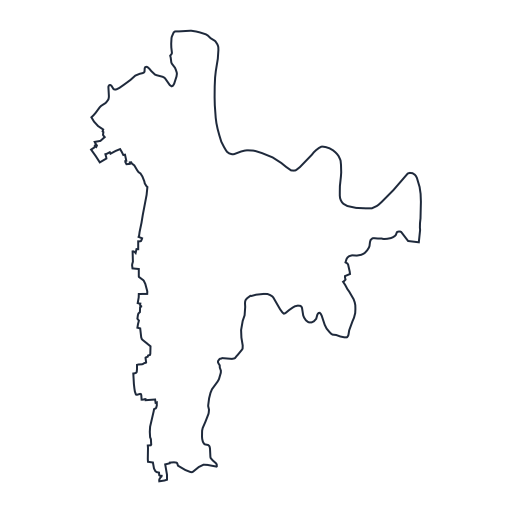 outline of Binh Luc, Hà Nam, Vietnam
{"feature_id": "81297802B47692200365960", "entity_name": "Binh Luc", "entity_type": "district", "adm_level": 2, "iso_a3": "VNM", "parent_name": "Vietnam", "parent_adm1": "Hà Nam", "projection": "equal_earth", "projection_center": [106.037, 20.489], "detail": "fine", "context": "isolated", "style": "outline", "palette": "slate", "viewbox_px": 512, "rotation_deg": 0, "n_neighbors": 0, "source": "geoboundaries", "source_scale": "gbopen_adm2", "svg_char_len": 6036}
<svg xmlns="http://www.w3.org/2000/svg" viewBox="0 0 512 512"><path d="M418.8,242.3L420.1,230.0L419.9,227.6L420.0,223.1L420.5,218.4L420.9,201.8L420.6,193.9L419.6,187.0L416.9,177.9L415.9,176.0L414.8,174.7L412.5,173.2L409.8,172.9L408.0,173.4L407.4,173.9L393.4,190.1L381.6,202.0L378.5,204.8L376.8,206.0L371.9,208.3L365.1,208.3L356.1,207.9L347.3,206.0L343.4,203.8L342.0,202.3L340.9,200.4L340.1,198.2L339.8,195.7L339.8,191.5L339.9,186.0L340.9,176.7L341.2,172.5L341.0,164.9L340.6,160.8L340.1,159.3L338.6,156.1L337.2,154.2L335.5,152.4L333.0,150.3L329.5,148.3L325.8,147.1L322.6,146.6L321.3,146.7L318.9,148.0L316.0,150.2L313.8,152.3L311.8,154.8L299.9,167.1L296.6,169.7L295.5,170.4L293.8,170.6L291.1,170.4L286.1,166.9L281.3,163.0L272.6,157.4L262.0,153.1L255.7,151.1L253.3,150.6L249.7,150.4L247.1,150.3L244.7,150.6L241.1,151.5L234.2,154.1L232.8,154.3L231.5,154.1L229.2,153.4L227.1,151.9L226.0,150.4L224.0,147.0L221.3,141.7L219.3,135.2L217.6,128.9L216.4,123.1L215.7,117.7L214.8,105.3L214.6,97.2L214.7,86.4L215.1,77.4L215.8,71.1L217.8,58.8L218.4,50.0L218.3,47.1L217.9,45.6L217.3,44.2L215.4,41.3L214.5,40.6L210.6,38.2L207.8,35.5L205.8,34.3L199.8,32.4L196.1,31.5L191.0,30.7L178.9,31.4L175.9,31.4L174.9,31.5L173.7,32.4L171.8,36.7L171.5,38.1L171.2,43.7L171.3,47.4L171.9,52.6L171.8,53.5L171.3,54.4L170.2,55.7L170.7,57.6L171.3,62.4L171.8,63.6L175.0,67.8L175.8,69.7L176.7,72.4L176.9,73.8L176.5,76.5L174.2,83.6L173.6,84.7L172.7,85.9L171.6,86.3L169.8,85.1L165.1,78.4L164.2,77.6L162.7,76.8L156.6,75.2L155.0,74.6L151.3,71.1L149.3,68.7L147.6,67.2L146.7,66.8L145.3,67.1L144.7,68.2L144.5,71.7L143.9,72.5L142.7,73.1L139.7,73.8L135.3,75.6L130.5,79.9L124.1,84.6L119.4,87.9L116.6,89.3L115.2,89.6L113.9,89.3L113.4,88.9L111.6,86.0L111.0,85.4L110.2,85.0L109.4,85.1L109.0,85.5L108.5,86.3L108.4,87.1L108.9,96.1L108.8,97.6L108.4,99.4L106.9,101.5L105.6,103.0L101.2,105.8L99.7,107.3L95.5,113.0L93.4,115.4L91.4,117.3L94.0,121.6L98.1,126.1L103.2,129.5L102.6,131.4L103.4,132.1L103.0,134.9L103.8,136.1L104.7,137.1L100.4,140.9L94.7,141.9L95.4,143.4L96.9,145.5L96.4,146.6L95.3,145.1L94.7,146.0L95.2,146.9L91.1,149.6L95.8,156.2L99.8,162.4L106.4,158.5L106.2,157.1L105.4,154.2L107.0,153.7L109.8,152.2L110.5,153.7L115.7,150.9L120.1,149.1L121.7,151.8L123.3,155.0L125.0,154.7L126.3,160.8L125.3,161.1L125.4,162.2L126.5,164.2L129.8,163.9L129.8,162.4L131.2,162.3L131.8,163.5L134.3,165.4L137.2,170.3L138.5,172.1L140.5,173.5L142.4,176.5L144.3,181.3L144.8,183.5L146.5,186.2L147.4,187.0L146.6,194.9L142.8,214.8L141.5,222.8L139.6,231.9L139.1,235.5L138.6,236.9L142.1,238.3L141.7,239.6L140.9,241.1L140.1,241.3L138.2,241.3L138.2,249.2L136.5,249.1L135.6,253.0L134.8,252.1L134.0,251.6L133.1,251.3L132.6,251.4L132.9,261.7L132.2,264.2L132.1,265.4L132.5,268.4L138.8,269.0L138.8,276.3L138.9,276.9L143.3,280.2L143.8,280.8L145.3,283.9L147.1,290.6L147.3,291.7L147.2,293.9L138.8,294.0L138.7,297.4L137.7,303.1L139.0,303.5L140.3,303.6L140.1,305.0L140.3,305.5L141.2,306.2L141.2,306.6L140.1,307.2L139.9,312.1L138.4,313.5L137.9,315.2L137.4,318.7L138.9,320.6L138.0,324.1L137.4,327.7L140.2,328.4L141.2,337.3L141.8,339.1L142.7,340.0L150.5,346.3L150.3,353.8L150.0,354.9L148.1,355.5L147.7,356.7L145.7,357.5L145.5,357.8L146.1,362.2L146.1,362.5L145.8,362.8L144.5,363.0L142.7,364.1L141.9,364.3L138.4,364.5L137.0,364.9L137.0,369.2L136.7,372.0L136.2,372.7L134.7,373.3L133.3,373.5L133.9,384.1L134.4,388.5L134.9,391.6L135.9,394.5L136.9,394.8L140.1,393.9L141.0,394.2L141.3,395.3L141.6,399.7L142.9,399.7L144.9,399.1L145.5,399.1L145.6,400.2L155.1,399.5L155.6,402.8L156.8,402.4L156.8,405.5L156.2,407.7L155.7,408.4L154.2,409.0L154.0,409.5L153.7,411.2L150.1,426.7L149.8,431.8L150.1,437.2L150.9,439.2L151.2,444.6L150.7,445.3L147.8,445.5L148.0,448.1L147.8,459.1L148.0,461.8L152.9,462.5L154.0,468.5L155.4,471.2L156.7,472.1L159.0,472.6L159.2,475.1L159.5,475.5L160.2,475.7L161.6,475.8L161.5,476.5L160.6,477.3L159.5,479.0L159.2,480.1L159.3,481.3L164.5,480.5L167.0,479.7L167.0,474.8L165.2,464.4L169.7,463.3L169.8,462.6L173.9,462.3L176.3,462.6L176.9,462.9L177.3,463.6L178.0,465.7L185.3,470.0L190.1,471.9L191.4,472.2L192.2,472.1L193.0,471.7L198.8,467.0L203.5,464.7L207.4,464.9L216.5,466.6L216.8,466.3L216.7,464.4L215.9,463.2L212.7,460.4L210.7,458.1L210.4,457.0L210.0,448.7L209.7,447.0L209.2,445.9L208.1,445.0L205.0,444.4L204.4,444.1L203.3,442.6L202.8,441.5L202.2,439.0L202.0,436.7L202.1,430.7L202.7,428.0L205.4,421.8L208.4,414.1L208.7,412.8L209.0,409.7L208.2,406.2L208.2,405.3L209.1,398.3L210.5,392.8L212.0,389.2L217.5,381.7L218.4,380.2L219.0,379.0L220.8,372.8L220.9,370.7L219.8,367.6L219.7,365.3L218.6,363.6L218.0,362.3L218.0,361.4L218.2,360.8L219.4,359.2L219.9,358.8L221.5,358.5L222.2,358.1L231.9,358.9L234.4,358.4L235.1,358.0L236.4,356.3L237.7,354.9L242.2,349.4L242.6,348.5L242.7,345.5L241.4,337.6L241.1,330.0L242.7,320.9L244.6,315.3L245.2,307.0L245.0,303.2L245.2,301.2L245.8,299.7L247.3,298.1L250.4,295.8L251.3,296.0L256.1,294.7L263.9,293.9L267.5,294.0L270.2,295.1L272.3,296.4L273.3,297.5L280.1,309.3L282.3,312.3L283.7,313.6L284.6,313.5L285.8,312.8L289.2,310.0L292.8,307.5L294.9,306.3L297.9,305.6L300.5,305.9L301.5,306.8L302.0,307.9L303.2,315.4L304.1,317.6L305.9,320.3L307.9,321.9L309.1,322.4L311.6,322.4L313.9,321.3L316.2,318.8L317.3,314.8L317.9,313.7L318.6,313.0L319.7,312.8L320.7,313.8L321.7,315.7L324.7,324.8L326.6,328.6L329.6,332.2L331.2,333.8L332.5,334.6L336.2,335.0L340.3,336.5L344.3,337.3L346.8,337.3L347.2,337.1L348.2,335.6L348.5,334.5L349.2,330.3L352.4,321.5L354.0,317.7L355.2,313.1L355.4,309.0L355.3,305.2L354.7,302.3L353.6,299.2L349.2,291.6L347.4,289.1L345.2,285.0L343.1,281.8L343.9,281.3L345.5,279.6L345.0,277.5L345.0,276.1L350.0,274.0L349.7,271.6L348.1,264.6L347.4,263.5L345.5,262.4L346.5,259.1L347.5,257.5L349.1,256.2L350.7,255.7L352.2,255.3L356.8,255.6L361.2,254.8L363.6,253.7L364.9,252.8L367.2,250.3L368.9,247.6L369.5,246.0L370.0,242.0L370.6,240.0L372.1,238.6L372.9,238.2L374.3,238.2L377.5,238.5L381.6,238.5L382.9,238.9L384.2,239.0L387.1,238.8L390.8,238.1L392.8,237.3L394.7,236.1L395.8,235.0L396.9,232.2L398.2,231.6L400.0,231.5L401.2,232.0L408.1,241.0L418.8,242.3Z" fill="none" stroke="#1e293b" stroke-width="2"/></svg>